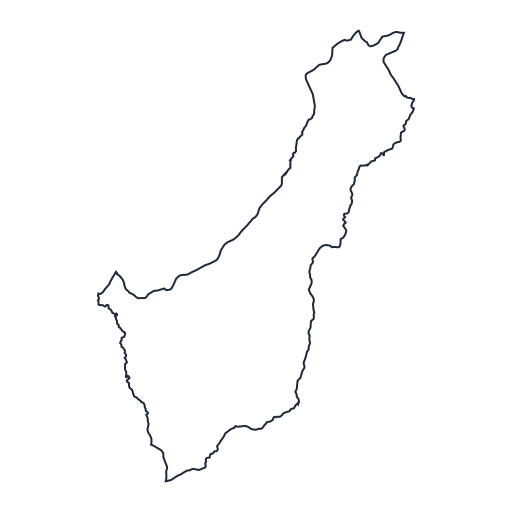 Bochalema, Norte de Santander, Colombia (Mercator projection)
{"feature_id": "7082276B10229211871917", "entity_name": "Bochalema", "entity_type": "district", "adm_level": 2, "iso_a3": "COL", "parent_name": "Colombia", "parent_adm1": "Norte de Santander", "projection": "mercator", "projection_center": [-72.657, 7.644], "detail": "fine", "context": "isolated", "style": "outline", "palette": "slate", "viewbox_px": 512, "rotation_deg": 0, "n_neighbors": 0, "source": "geoboundaries", "source_scale": "gbopen_adm2", "svg_char_len": 6054}
<svg xmlns="http://www.w3.org/2000/svg" viewBox="0 0 512 512"><path d="M98.4,293.5L98.0,295.5L98.8,297.7L98.9,299.2L97.9,300.3L98.6,301.7L98.4,304.2L99.4,305.0L102.7,305.2L104.8,306.5L105.6,306.4L106.4,305.1L107.0,304.8L108.4,305.3L108.6,308.3L110.6,309.6L111.5,310.8L112.2,312.6L114.8,314.1L116.2,313.5L117.0,314.1L117.0,315.1L115.1,315.9L114.9,316.2L115.9,317.3L115.8,318.5L117.0,321.0L117.1,323.6L118.7,325.1L118.8,327.0L120.0,327.7L122.8,331.4L124.6,332.3L125.2,333.1L124.3,336.8L122.1,337.6L121.5,338.2L121.6,340.5L121.2,340.7L120.1,342.9L121.4,344.7L121.5,346.8L123.1,347.7L124.6,350.0L125.0,351.3L124.6,352.6L126.2,355.2L126.0,356.2L124.7,358.0L125.7,359.1L126.9,362.4L125.1,364.1L125.0,369.2L126.3,372.3L126.3,374.5L125.8,376.4L125.9,376.9L126.6,377.3L127.0,377.0L127.5,375.9L128.0,375.9L129.5,377.6L128.7,379.0L126.8,380.4L126.8,381.1L127.4,382.1L128.8,382.7L129.1,383.6L129.0,385.8L129.5,387.7L132.0,389.8L132.9,392.3L133.0,393.3L134.2,396.4L136.9,397.7L138.2,399.3L140.5,400.7L141.1,401.9L142.8,402.5L143.9,403.6L144.5,405.0L144.9,407.5L145.8,409.2L145.6,409.9L145.9,411.0L147.5,412.1L147.9,412.7L147.8,413.6L146.2,414.8L147.7,418.2L147.8,421.6L148.6,423.9L147.4,429.9L148.3,432.8L150.3,435.8L151.4,439.0L151.5,441.3L151.1,444.7L152.6,445.2L161.3,450.3L162.8,452.3L163.2,453.6L163.5,457.7L167.1,466.8L167.0,468.6L166.2,471.3L166.4,477.7L165.8,481.3L171.1,480.0L177.5,475.8L180.7,474.4L186.7,470.7L189.5,470.3L192.1,469.1L193.4,468.9L198.8,470.0L205.1,467.5L205.5,467.0L205.7,465.9L205.2,463.7L205.4,462.8L206.1,462.0L205.8,460.0L206.2,458.4L207.0,457.9L209.5,457.6L210.4,454.2L211.0,453.8L212.9,453.5L214.3,451.4L216.2,451.2L217.2,450.7L217.8,449.0L217.1,446.3L217.3,445.7L219.0,443.7L220.3,441.5L223.1,437.7L225.4,433.3L230.6,429.3L234.7,427.6L234.9,426.7L235.4,426.2L238.0,426.7L245.3,425.9L248.3,427.0L251.3,429.0L254.6,429.7L255.9,429.7L259.3,428.7L260.7,428.9L261.5,428.6L263.1,427.2L264.6,424.8L266.0,423.7L266.5,422.4L270.7,421.3L272.5,420.1L273.2,418.8L273.4,417.6L273.9,417.1L274.6,416.9L275.7,417.3L277.9,416.6L279.7,416.9L281.7,415.5L283.0,413.8L284.3,412.8L289.4,411.2L290.9,409.1L294.0,408.2L295.3,405.6L296.2,404.7L297.1,404.2L297.4,403.6L298.0,404.4L298.3,403.1L299.1,401.9L298.4,398.9L296.8,396.8L296.6,394.3L295.4,391.9L295.5,391.5L296.5,389.5L296.8,388.5L297.6,380.7L300.5,377.8L302.2,371.5L304.4,367.7L304.5,366.4L303.7,364.1L303.8,362.2L305.6,357.5L307.0,351.7L308.6,349.6L308.7,346.9L310.0,343.3L309.3,338.7L309.7,335.7L308.6,333.5L308.7,331.1L310.0,328.8L310.6,327.0L310.7,323.5L311.2,320.9L313.5,319.0L314.0,317.5L313.6,315.2L314.3,312.5L313.5,309.7L313.0,304.0L313.8,301.1L313.8,299.1L312.6,296.5L310.1,293.0L308.8,289.5L311.3,284.0L311.7,282.3L311.5,279.8L310.0,277.1L310.2,275.5L309.5,272.8L309.4,270.9L310.2,268.8L310.6,265.4L312.9,262.5L313.0,261.8L312.4,259.3L312.5,258.6L313.0,257.8L314.4,256.7L319.7,248.3L322.2,246.1L324.6,245.2L327.3,245.1L330.3,245.8L331.7,247.2L334.9,246.9L337.5,247.3L338.7,247.2L339.8,246.3L340.5,243.4L340.7,239.0L342.7,238.0L344.3,236.1L345.4,234.0L346.3,231.0L345.9,229.5L343.2,225.8L343.8,224.4L345.7,222.6L345.5,222.1L343.1,219.7L343.6,218.5L345.2,217.1L344.1,215.9L343.9,214.4L344.7,213.7L347.1,213.5L348.8,212.0L349.0,210.0L350.3,205.7L351.4,204.2L351.9,202.7L352.1,200.6L351.0,197.8L351.7,196.8L352.4,194.2L350.5,189.7L350.5,188.8L351.8,186.2L353.8,184.2L354.2,183.4L354.2,182.1L354.9,180.8L354.6,178.7L354.8,177.4L356.9,175.1L357.8,171.0L358.6,169.6L359.4,166.8L360.8,165.5L363.5,165.7L365.4,165.2L366.5,165.2L367.1,164.8L367.3,165.4L367.8,165.1L371.1,161.5L374.9,160.4L375.3,158.2L376.9,157.6L379.2,156.3L380.0,155.4L380.9,153.2L382.2,153.4L383.2,154.9L383.8,155.2L384.1,154.7L383.8,152.7L384.4,151.9L386.6,151.0L387.3,150.2L392.2,148.6L392.6,147.8L393.2,145.0L394.4,143.6L395.5,142.9L397.9,142.1L399.0,142.0L400.3,141.3L400.9,140.2L400.5,137.9L401.0,132.7L401.7,132.0L404.2,130.9L404.7,129.7L404.5,128.3L403.4,126.0L403.8,125.3L405.5,124.2L405.9,123.2L406.0,121.3L408.8,118.9L410.1,115.3L412.7,111.7L413.5,109.9L413.8,108.3L412.5,108.2L411.3,106.3L412.3,102.6L414.0,100.1L414.1,99.1L412.2,98.9L410.5,97.9L409.1,98.0L406.8,97.4L405.8,96.0L404.5,96.4L401.7,93.3L398.3,85.8L393.8,78.8L390.7,74.6L388.6,69.9L384.1,62.8L383.4,61.1L383.6,58.7L384.5,56.8L385.9,54.9L395.9,50.6L397.6,49.1L398.2,47.2L400.1,43.6L403.9,32.8L400.1,32.7L397.2,32.0L396.0,32.0L393.4,32.7L389.2,35.1L387.2,35.7L382.4,36.6L378.1,43.0L374.9,44.9L371.9,46.1L370.5,46.3L368.5,45.3L367.0,42.4L365.2,41.3L361.6,38.0L359.0,30.9L358.3,30.7L355.8,32.8L353.3,35.7L350.8,39.7L347.2,40.6L346.0,40.5L344.9,39.8L341.9,41.0L337.4,43.7L332.5,48.0L332.2,54.5L331.4,57.6L330.1,60.5L329.3,61.4L327.5,63.0L326.1,63.6L319.2,64.8L314.4,69.2L312.1,70.7L307.6,73.0L306.0,74.4L305.7,75.3L305.8,78.4L306.7,80.9L312.8,94.2L314.9,106.2L314.2,110.3L314.2,112.9L313.9,114.2L312.5,116.3L312.0,118.0L310.1,119.3L308.8,119.6L307.9,120.9L306.2,125.4L303.8,128.6L303.3,130.3L302.0,132.0L302.3,132.5L302.3,134.7L299.8,136.8L298.9,138.4L298.5,138.3L298.7,137.5L297.0,140.2L295.9,147.8L296.0,151.2L294.9,152.7L293.9,152.8L293.4,153.2L292.9,154.4L293.5,156.1L290.1,160.1L290.7,160.3L290.3,162.5L290.4,167.9L288.6,169.3L285.7,173.8L285.4,174.1L285.4,173.2L281.9,177.1L281.9,183.7L281.1,185.7L274.7,192.3L270.0,196.2L269.4,197.2L268.2,197.8L267.4,199.3L262.2,204.5L259.5,208.1L257.5,214.3L256.2,216.1L254.6,217.6L252.8,218.7L246.7,225.9L242.0,230.6L238.0,235.7L235.3,238.2L232.9,239.8L228.2,241.9L225.5,243.7L223.9,245.4L220.8,250.5L219.6,254.7L218.5,257.1L217.3,259.3L216.0,260.5L210.0,263.5L204.8,265.4L196.6,270.0L191.8,272.2L187.9,274.4L185.7,274.8L181.4,275.0L179.7,275.6L177.0,277.8L176.0,279.0L173.7,284.4L171.3,288.7L170.5,289.4L166.9,290.2L165.6,289.7L164.1,288.5L157.7,290.5L153.8,290.9L148.1,294.4L147.4,295.7L145.3,298.0L138.3,298.2L136.5,297.4L133.9,294.9L129.3,292.6L128.6,291.5L125.9,289.2L125.3,288.1L124.3,285.0L124.2,283.3L122.7,279.7L119.7,276.0L117.0,274.0L117.0,273.1L116.1,271.8L112.4,277.8L110.0,282.2L109.3,284.1L105.1,289.0L103.0,292.0L100.7,293.8L99.6,294.0L98.4,293.5Z" fill="none" stroke="#1e293b" stroke-width="2"/></svg>